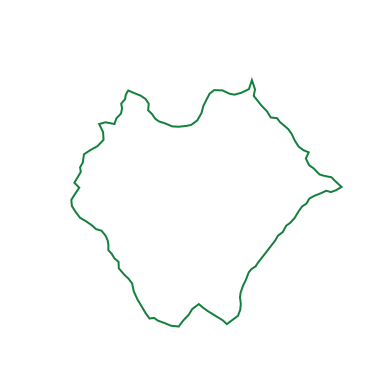 outline of Nova Castilho, São Paulo, Brazil, rotated 130°
{"feature_id": "56859067B49471629499295", "entity_name": "Nova Castilho", "entity_type": "district", "adm_level": 2, "iso_a3": "BRA", "parent_name": "Brazil", "parent_adm1": "São Paulo", "projection": "albers", "projection_center": [-50.35, -20.782], "detail": "fine", "context": "isolated", "style": "outline", "palette": "green", "viewbox_px": 384, "rotation_deg": 130, "n_neighbors": 0, "source": "geoboundaries", "source_scale": "gbopen_adm2", "svg_char_len": 1701}
<svg xmlns="http://www.w3.org/2000/svg" viewBox="0 0 384 384"><g transform="rotate(130 192 192)"><path d="M316.2,143.2L312.8,140.1L312.5,135.6L310.0,128.7L307.9,122.0L303.6,115.7L296.4,116.1L288.0,115.6L281.5,116.6L273.5,114.7L273.5,109.2L273.1,103.4L270.5,85.8L270.8,80.4L257.2,77.2L251.1,79.4L246.2,82.8L241.9,87.5L237.8,90.1L231.0,92.7L224.8,94.2L217.0,96.9L212.6,96.9L208.4,95.5L203.8,96.0L175.5,97.1L170.2,98.1L164.3,96.7L157.3,98.2L152.4,96.9L145.9,96.7L138.2,97.9L132.5,98.4L127.2,96.9L121.5,97.9L116.0,95.7L110.2,92.5L104.8,90.0L102.7,85.5L98.0,82.8L92.0,80.7L91.5,90.2L91.1,94.7L94.5,100.8L96.6,105.6L95.7,114.0L96.2,119.4L93.2,126.3L86.6,128.1L88.3,133.4L88.7,139.4L86.6,146.2L83.5,152.9L82.0,158.6L81.9,163.4L81.9,169.3L80.8,174.3L84.3,179.6L82.0,186.3L81.2,194.0L78.7,206.5L72.8,209.8L67.8,218.0L76.6,214.5L84.6,218.2L90.1,222.0L92.5,226.2L94.6,234.0L99.7,240.5L105.3,241.7L110.9,240.5L118.6,238.7L125.6,235.4L133.8,234.0L141.0,235.7L144.9,238.7L150.6,244.2L154.5,249.4L156.6,256.4L159.2,262.8L159.5,267.6L158.0,272.6L157.6,278.1L152.2,281.9L150.6,287.3L151.2,293.3L153.9,301.5L155.2,306.1L159.9,305.3L163.9,303.0L169.9,303.0L172.9,299.3L177.6,296.8L184.1,297.3L189.8,295.1L194.2,303.1L199.6,306.8L203.3,298.6L208.9,293.3L217.6,293.9L225.5,296.9L232.6,299.0L239.6,294.6L245.0,293.6L248.1,290.1L253.9,289.1L260.5,288.1L261.2,281.1L268.4,280.4L275.6,279.4L280.0,274.9L282.1,268.2L283.7,261.2L282.6,254.7L281.9,247.7L282.1,241.5L279.8,236.5L281.0,230.2L283.3,225.5L286.1,222.2L290.3,218.7L291.0,213.7L292.7,208.7L292.7,203.4L297.5,199.0L298.9,190.8L299.2,184.8L300.6,179.0L305.5,172.8L309.2,165.1L311.8,157.7L314.6,149.7L316.2,143.2Z" fill="none" stroke="#15803d" stroke-width="2"/></g></svg>